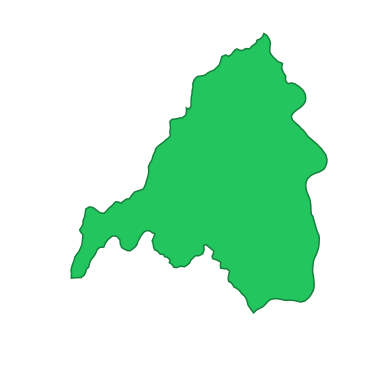 the district of São João Batista do Glória, Minas Gerais, Brazil, rotated 255°
{"feature_id": "56859067B336283598194", "entity_name": "São João Batista do Glória", "entity_type": "district", "adm_level": 2, "iso_a3": "BRA", "parent_name": "Brazil", "parent_adm1": "Minas Gerais", "projection": "orthographic", "projection_center": [-46.443, -20.535], "detail": "fine", "context": "isolated", "style": "filled", "palette": "green", "viewbox_px": 384, "rotation_deg": 255, "n_neighbors": 0, "source": "geoboundaries", "source_scale": "gbopen_adm2", "svg_char_len": 3897}
<svg xmlns="http://www.w3.org/2000/svg" viewBox="0 0 384 384"><g transform="rotate(255 192 192)"><path d="M256.8,326.7L261.0,325.8L264.0,324.1L266.4,322.5L269.6,319.6L271.6,316.6L271.7,313.1L274.3,311.3L277.1,311.6L279.7,312.5L283.7,311.2L288.5,310.6L292.8,312.6L294.6,310.3L296.3,308.4L298.8,306.9L301.3,305.3L304.4,304.0L307.4,303.4L310.0,304.2L312.9,305.2L315.8,306.4L319.8,306.2L323.8,304.8L326.5,302.5L324.0,300.6L322.3,297.8L321.8,294.1L319.2,292.5L318.2,289.7L317.1,287.0L315.3,284.6L316.7,280.9L315.6,277.4L316.6,274.8L318.6,272.5L318.0,270.0L316.3,267.8L314.5,265.4L313.6,262.3L315.7,260.1L315.1,255.9L311.0,253.5L307.6,251.1L305.7,247.8L304.0,244.6L303.7,241.3L303.0,238.3L301.7,235.2L301.6,231.7L302.2,227.5L301.2,225.0L299.5,222.9L296.4,220.8L293.0,220.1L289.9,218.4L286.7,217.4L284.4,216.2L281.9,215.2L278.9,214.4L275.5,213.4L272.8,210.9L274.7,208.3L271.2,207.5L268.0,206.1L266.3,202.2L266.7,198.2L266.8,194.8L267.4,191.4L265.9,188.9L262.9,188.4L259.5,187.8L255.9,186.2L252.0,185.6L250.2,183.2L249.3,180.6L247.6,177.6L246.3,174.1L244.8,170.5L243.0,168.0L240.7,166.8L238.7,164.9L236.0,163.1L233.5,161.7L230.5,158.6L227.7,156.4L224.1,155.8L220.5,154.5L217.1,152.6L214.3,150.7L211.6,149.2L209.6,147.6L207.5,145.7L207.2,142.5L207.1,139.9L206.8,136.4L204.2,132.6L201.6,129.7L202.2,126.7L200.9,123.6L199.7,120.5L201.3,118.4L202.3,115.7L201.0,113.5L199.5,111.2L198.1,107.9L195.6,104.2L194.2,101.3L195.6,98.0L198.4,95.6L200.4,94.2L202.6,92.4L204.2,89.0L203.0,84.9L198.4,83.1L195.3,81.5L192.6,79.4L189.4,78.5L186.8,76.3L184.4,73.6L182.0,74.2L179.1,75.5L175.9,74.5L172.4,73.1L169.2,71.8L166.9,69.9L163.9,67.5L161.3,64.1L159.4,61.9L156.4,60.4L153.2,58.0L150.7,56.4L148.1,55.1L144.3,54.4L140.0,53.1L139.2,57.9L138.0,62.7L139.6,66.3L142.0,68.5L144.9,70.1L146.0,72.6L148.3,73.8L150.8,75.3L152.6,76.9L154.4,79.4L156.5,81.9L158.5,83.7L161.0,85.7L162.4,88.8L161.6,92.5L164.9,95.1L167.4,98.0L168.9,100.8L170.1,104.4L168.6,108.0L164.3,110.0L160.2,109.3L156.5,109.7L153.8,112.4L152.1,114.5L151.2,117.0L152.2,119.6L153.5,122.7L155.5,125.3L158.1,126.8L161.1,129.7L163.8,132.4L165.9,135.6L166.4,138.6L164.8,141.8L162.7,143.2L161.4,145.5L158.4,143.4L155.0,140.8L152.2,141.1L148.7,140.6L145.7,141.0L143.8,143.4L140.1,145.2L139.0,148.4L136.6,148.8L135.3,151.3L132.2,153.3L129.6,151.8L127.2,154.0L124.1,154.9L122.9,157.5L123.3,160.1L122.9,162.8L121.7,165.3L122.7,168.5L124.3,171.6L126.4,173.1L127.7,175.5L129.5,178.7L128.7,182.1L129.5,186.3L133.1,188.8L137.2,189.4L137.7,191.9L135.2,193.6L132.1,195.8L129.3,197.8L126.9,196.6L124.9,194.8L122.3,194.7L120.6,197.4L118.4,200.1L116.4,201.6L113.9,200.4L111.0,200.0L109.5,203.5L108.5,206.1L105.9,207.8L102.4,206.0L99.0,204.5L96.1,204.3L94.3,206.3L92.1,207.2L89.2,208.1L86.9,210.7L83.8,212.7L80.7,213.8L78.6,215.4L75.9,216.6L73.0,216.9L68.5,216.9L65.1,217.9L62.4,219.0L59.3,220.1L61.5,224.2L62.1,227.4L62.8,230.7L64.4,233.7L66.2,236.3L67.7,239.3L67.8,243.3L66.6,247.4L65.2,250.3L63.8,252.8L62.8,255.7L62.0,259.4L60.6,262.9L59.4,265.2L57.6,268.4L57.5,272.6L58.9,275.7L60.3,278.4L62.5,280.9L65.7,283.8L69.4,285.6L73.2,286.5L77.4,287.2L80.1,287.6L83.0,287.8L86.0,288.4L88.7,289.4L91.7,290.6L94.0,291.6L96.1,292.9L98.4,295.0L101.2,297.1L104.7,299.4L108.2,301.0L111.6,302.1L114.2,302.9L117.6,303.4L119.9,302.8L125.5,302.5L128.6,302.5L132.3,302.4L137.0,302.5L139.7,301.5L142.2,301.9L145.0,302.5L147.5,303.1L150.6,303.6L153.2,303.9L156.0,303.8L158.8,303.4L161.6,303.0L165.3,303.0L168.8,303.5L171.8,304.7L174.6,306.7L176.6,309.9L177.7,313.1L178.2,315.9L178.4,319.9L179.2,323.0L180.1,325.7L182.2,327.6L185.0,329.6L188.4,330.8L193.2,330.9L197.4,329.3L200.3,328.2L202.6,326.8L205.9,325.0L209.5,322.6L212.8,320.4L215.5,318.5L218.9,317.1L222.5,315.7L225.3,313.8L228.2,312.4L230.4,310.9L232.7,309.3L235.8,307.6L239.4,307.5L241.9,309.9L243.5,313.0L244.7,316.0L245.9,319.1L247.8,322.5L250.0,324.8L252.7,326.0L256.8,326.7Z" fill="#22c55e" stroke="#15803d" stroke-width="1.5"/></g></svg>